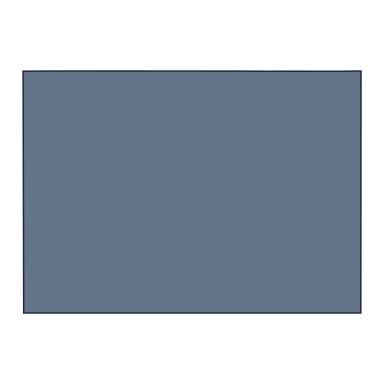 outline of Emmet, Iowa, United States of America
{"feature_id": "52423323B99839165344534", "entity_name": "Emmet", "entity_type": "district", "adm_level": 2, "iso_a3": "USA", "parent_name": "United States of America", "parent_adm1": "Iowa", "projection": "mercator", "projection_center": [-94.714, 43.378], "detail": "fine", "context": "isolated", "style": "filled", "palette": "slate", "viewbox_px": 384, "rotation_deg": 0, "n_neighbors": 0, "source": "geoboundaries", "source_scale": "gbopen_adm2", "svg_char_len": 314}
<svg xmlns="http://www.w3.org/2000/svg" viewBox="0 0 384 384"><path d="M360.8,313.0L361.0,71.0L358.0,71.0L341.2,71.3L276.4,71.2L273.0,71.3L237.0,71.1L66.1,71.0L63.7,71.0L62.0,71.1L53.1,71.0L52.0,71.1L42.6,71.1L23.1,71.2L23.5,228.0L23.7,313.0L360.8,313.0Z" fill="#64748b" stroke="#1e293b" stroke-width="1.5"/></svg>